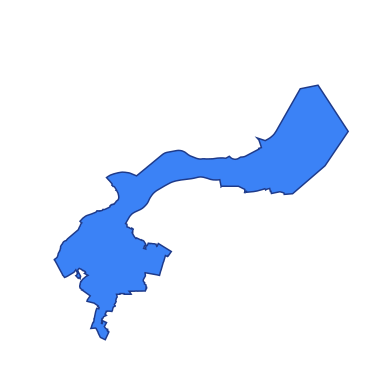 the district of Rotterdam, Zuid-Holland, Netherlands, rotated 140°
{"feature_id": "6326949B29713994538031", "entity_name": "Rotterdam", "entity_type": "district", "adm_level": 2, "iso_a3": "NLD", "parent_name": "Netherlands", "parent_adm1": "Zuid-Holland", "projection": "orthographic", "projection_center": [4.431, 51.923], "detail": "fine", "context": "isolated", "style": "filled", "palette": "blue", "viewbox_px": 384, "rotation_deg": 140, "n_neighbors": 0, "source": "geoboundaries", "source_scale": "gbopen_adm2", "svg_char_len": 5994}
<svg xmlns="http://www.w3.org/2000/svg" viewBox="0 0 384 384"><g transform="rotate(140 192 192)"><path d="M331.1,232.1L331.1,231.9L331.6,231.7L332.4,231.5L333.9,230.9L334.7,230.3L335.4,229.7L337.2,228.7L338.8,228.6L340.9,228.8L341.0,228.7L340.9,228.6L341.7,224.3L343.1,217.7L344.1,212.6L344.5,211.6L344.4,210.0L344.6,208.5L342.9,207.9L341.1,207.5L334.0,206.4L333.5,206.5L331.0,207.1L331.7,203.9L332.0,203.7L331.9,203.5L331.9,203.2L332.9,202.8L333.8,202.5L334.2,202.5L334.8,202.6L334.6,199.0L333.4,199.0L333.5,197.6L333.4,197.8L333.4,197.6L331.5,199.0L330.4,204.1L330.1,204.6L330.1,205.1L330.3,205.2L329.5,205.7L328.4,206.0L328.1,206.0L328.0,205.9L327.5,206.0L326.4,203.7L326.5,203.4L326.1,202.4L326.1,201.7L325.8,201.3L325.6,201.4L325.1,200.1L325.0,199.6L325.0,199.3L325.2,199.0L325.5,199.0L325.5,198.6L326.7,198.7L325.2,195.0L325.9,195.1L326.9,195.4L328.1,195.4L331.8,195.4L333.2,195.1L334.6,194.6L334.8,194.9L337.1,193.3L337.1,193.0L338.3,192.3L338.8,191.7L339.2,190.9L339.3,190.7L339.2,190.3L339.5,190.0L338.9,187.4L339.0,187.4L338.7,187.1L339.0,186.8L336.7,177.9L341.6,176.6L342.7,175.8L338.4,169.8L337.1,165.1L337.8,164.9L337.4,163.3L338.5,162.4L339.7,164.1L340.3,163.8L342.7,162.3L348.2,157.9L348.3,158.0L348.5,157.9L348.4,157.8L348.7,157.5L349.0,157.1L351.3,155.4L351.6,155.7L352.5,155.3L354.7,154.0L356.0,153.1L357.2,152.5L353.5,149.9L353.2,149.4L353.2,148.8L353.4,148.5L353.4,148.0L354.2,144.8L354.6,143.9L355.6,139.7L355.5,139.2L353.4,134.6L345.7,138.2L346.1,139.0L345.6,139.2L346.1,140.3L344.9,141.0L345.5,141.9L345.8,142.9L345.8,143.9L345.7,145.2L341.4,146.9L343.1,150.6L343.3,150.4L343.5,150.6L345.0,149.2L345.3,149.5L345.6,149.2L345.8,149.6L343.3,151.7L343.5,151.9L343.2,152.1L342.3,152.8L342.1,152.5L341.4,152.6L339.8,153.3L339.2,153.1L337.9,152.8L338.0,152.9L337.8,153.0L337.5,152.7L337.0,153.0L336.9,153.3L337.1,153.7L336.9,153.9L337.0,154.1L336.7,154.2L336.7,154.5L335.4,155.0L334.6,155.5L334.6,155.4L334.5,155.2L333.4,155.2L331.3,153.3L331.1,153.0L330.4,152.4L330.2,152.0L329.1,152.4L327.9,153.4L326.3,154.4L325.6,154.4L324.5,153.9L324.3,153.9L324.0,154.1L324.0,155.4L323.8,155.7L323.2,156.0L322.2,156.1L321.5,156.5L320.7,156.7L320.4,157.0L320.4,157.6L320.1,157.9L318.1,159.3L316.9,159.6L316.2,160.7L315.6,162.2L313.3,160.3L312.9,160.0L312.5,160.5L311.0,159.3L309.3,157.8L309.7,157.3L304.3,152.8L304.0,154.6L304.0,156.4L299.7,152.9L299.3,152.7L298.0,151.7L297.8,151.4L290.9,145.8L291.1,146.1L290.3,147.0L289.7,147.4L289.3,147.1L288.4,147.6L288.0,148.2L288.4,148.5L287.0,150.4L287.2,151.2L287.5,152.2L286.5,153.0L286.7,154.2L286.7,154.7L286.4,155.3L285.8,156.0L285.0,156.4L281.6,157.7L280.1,160.0L280.0,159.9L279.7,160.2L272.1,151.1L270.5,149.0L269.8,149.5L266.8,151.6L265.7,152.2L259.2,156.6L258.6,156.8L253.2,160.4L252.3,158.4L251.4,158.7L251.3,158.3L246.1,159.7L250.9,174.2L251.1,174.1L253.6,172.9L254.0,173.0L253.1,175.2L253.5,175.4L253.9,176.3L255.3,177.6L256.6,179.1L256.8,179.3L257.3,179.3L257.5,179.5L257.5,179.9L258.4,180.9L259.3,180.4L260.7,179.8L261.1,180.3L261.8,180.1L263.0,179.4L263.5,179.0L263.7,178.6L264.1,178.0L264.7,179.0L265.3,179.9L264.6,180.2L263.0,181.3L261.7,181.4L261.2,181.7L260.9,182.1L260.8,182.6L260.8,183.2L260.5,185.0L260.5,185.7L260.7,186.3L261.2,187.1L261.3,187.5L261.6,187.3L264.0,192.5L264.8,192.4L264.8,192.7L264.9,192.8L264.9,194.9L264.3,198.2L264.2,198.2L264.0,199.3L263.2,199.3L263.1,199.8L262.8,199.8L262.6,200.3L260.9,201.3L261.2,202.6L261.4,203.1L262.1,202.7L263.1,204.9L263.0,205.2L263.2,205.5L264.2,207.0L262.6,209.1L263.2,210.5L255.9,213.2L254.6,213.5L252.4,213.8L250.6,213.7L248.8,213.4L242.5,211.7L240.3,211.4L238.5,211.4L236.1,211.6L233.8,212.0L231.8,212.7L228.9,214.1L226.9,214.8L224.7,215.4L222.6,215.8L220.4,215.9L218.2,215.8L209.1,214.3L205.6,213.6L202.4,212.9L200.3,212.2L197.3,210.9L192.7,208.3L183.9,202.6L181.8,201.4L177.6,199.3L175.8,198.1L174.8,197.1L173.8,196.0L171.3,192.4L169.8,189.9L168.9,188.8L168.0,187.7L165.8,185.7L164.1,184.4L162.8,183.6L166.2,177.4L166.3,177.3L165.4,177.2L152.7,166.5L149.9,160.1L151.2,158.4L152.1,157.8L151.8,157.4L150.8,158.0L150.1,157.7L149.8,157.5L150.3,156.7L144.5,152.7L141.4,150.9L136.4,148.6L134.1,147.7L134.3,146.2L133.7,146.2L132.8,146.0L130.2,144.8L131.6,142.1L131.1,141.8L132.1,139.8L124.5,135.7L122.9,133.4L122.2,132.0L122.9,130.9L116.0,126.0L73.2,126.6L33.4,138.0L26.8,192.8L42.7,201.5L88.2,184.6L91.6,183.6L93.8,183.3L97.0,183.3L99.4,183.6L102.9,184.3L107.4,191.6L107.3,188.8L109.3,183.7L110.3,181.4L112.8,182.5L113.0,181.8L128.2,185.1L129.3,185.5L130.4,186.1L132.4,187.5L135.5,188.0L136.3,188.3L137.8,189.2L138.6,190.0L139.5,191.3L139.9,192.1L140.2,193.1L140.3,194.1L140.5,195.4L143.9,196.0L144.6,196.3L146.4,198.2L149.1,200.4L150.9,201.7L154.9,204.2L159.7,208.0L160.9,209.2L162.4,210.5L163.8,211.4L164.7,212.1L165.7,213.2L166.8,214.7L170.2,220.9L170.9,222.9L171.6,226.2L171.9,227.3L172.8,229.2L173.4,230.2L174.6,231.6L175.7,232.6L176.8,233.4L185.8,238.5L187.5,239.2L189.4,239.6L190.9,239.7L224.1,240.0L227.0,245.6L227.7,246.8L228.6,247.9L230.5,250.0L232.6,252.0L233.8,252.8L236.2,254.2L240.1,256.1L243.6,257.4L246.0,257.8L248.2,258.0L248.1,254.5L248.0,254.4L248.0,249.7L248.5,249.1L248.9,248.8L248.8,248.7L248.9,247.1L248.2,246.2L248.1,245.8L248.1,245.3L248.6,242.1L249.1,242.1L248.8,241.3L249.4,238.7L250.6,236.3L251.6,234.9L252.8,233.9L253.9,233.5L256.0,233.6L257.4,233.1L259.2,233.1L259.3,232.8L259.6,232.9L259.5,233.1L260.6,233.3L261.2,233.6L261.2,233.9L262.0,233.9L262.0,234.0L262.5,234.2L263.7,233.9L263.9,234.0L264.3,233.4L265.5,233.5L270.0,234.7L270.4,234.9L271.5,235.9L272.3,235.5L273.7,236.1L275.1,236.8L274.9,237.0L275.9,237.7L276.9,238.7L277.5,238.4L278.9,238.4L283.2,239.8L287.5,241.5L289.0,241.9L292.4,242.1L296.6,241.6L296.5,239.4L296.4,239.2L296.8,239.2L298.2,238.7L300.0,237.7L300.8,237.5L303.4,236.2L317.4,236.1L318.6,235.9L319.5,235.6L319.9,235.9L320.5,236.1L321.4,236.3L322.5,236.4L324.1,235.9L324.7,235.6L326.2,235.3L327.7,234.7L328.3,234.1L328.6,233.5L328.9,233.5L330.5,232.3L331.1,232.1Z" fill="#3b82f6" stroke="#1e3a8a" stroke-width="1.5"/></g></svg>